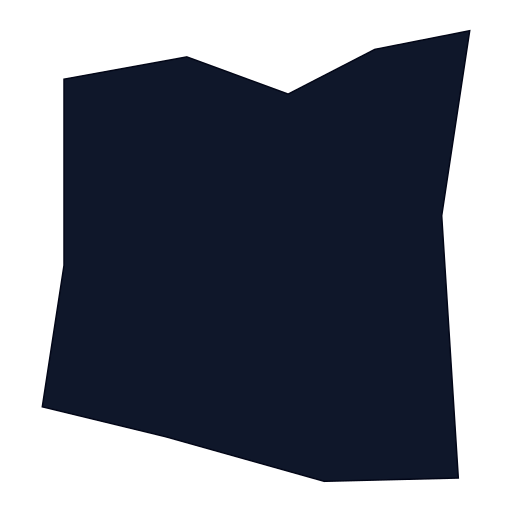 the border of Praslin
{"feature_id": "LCA-5084", "entity_name": "Praslin", "entity_type": "Quarter", "adm_level": 1, "iso_a3": "LCA", "parent_name": "Saint Lucia", "parent_adm1": "", "projection": "mercator", "projection_center": [-60.926, 13.871], "detail": "fine", "context": "isolated", "style": "filled", "palette": "ink", "viewbox_px": 512, "rotation_deg": 0, "n_neighbors": 0, "source": "natural_earth", "source_scale": "10m", "svg_char_len": 278}
<svg xmlns="http://www.w3.org/2000/svg" viewBox="0 0 512 512"><path d="M469.7,30.7L441.7,215.7L458.3,478.0L324.2,481.3L165.2,436.6L42.3,406.8L64.0,265.4L64.0,205.8L64.0,79.2L186.8,56.9L288.1,94.1L374.8,49.4L469.7,30.7Z" fill="#0f172a" stroke="#020617" stroke-width="1.5"/></svg>